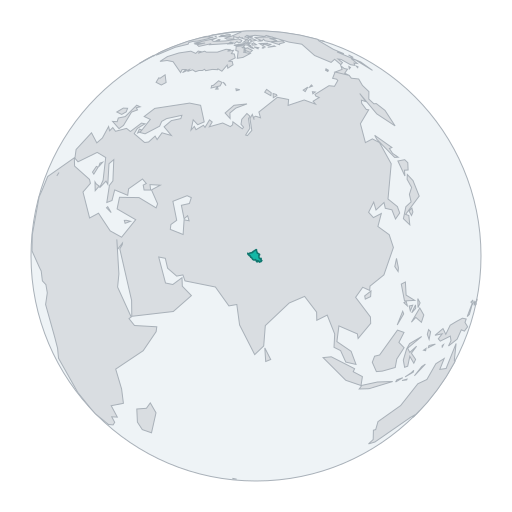 the Earth from above Ladakh
{"feature_id": "IND-20012", "entity_name": "Ladakh", "entity_type": "Union Territory", "adm_level": 1, "iso_a3": "IND", "parent_name": "India", "parent_adm1": "", "projection": "orthographic", "projection_center": [77.875, 33.921], "detail": "fine", "context": "on_globe", "style": "filled", "palette": "teal", "viewbox_px": 512, "rotation_deg": 0, "n_neighbors": 0, "source": "natural_earth", "source_scale": "10m", "svg_char_len": 12846}
<svg xmlns="http://www.w3.org/2000/svg" viewBox="0 0 512 512"><circle cx="256" cy="256" r="225" fill="#eef3f6" stroke="#a8b0b8"/><path d="M317.6,39.3L319.0,40.9L333.5,49.4L343.9,53.7L337.1,52.0L360.8,62.0L372.5,70.4L355.7,60.1L351.2,58.6L357.3,63.5L354.0,63.1L355.0,65.4L350.5,64.7L341.0,59.4L338.0,59.0L342.5,62.6L340.8,64.6L334.6,59.3L331.1,62.4L314.6,55.5L301.8,44.2L289.0,42.1L266.2,35.4L264.6,36.4L255.0,35.3L249.6,36.2L246.9,35.3L244.9,36.9L248.4,37.6L248.7,38.7L245.9,39.5L241.9,38.2L242.8,37.7L240.2,37.8L239.4,36.9L238.2,37.8L233.7,36.6L233.9,39.0L226.8,39.1L225.0,38.1L230.8,36.5L241.0,32.1L241.0,31.5L235.1,31.8L212.3,35.0L211.4,35.2L229.0,32.3L246.8,30.9L264.7,30.9L282.5,32.3L300.2,35.1L317.6,39.3ZM204.6,36.7L206.6,36.2L202.4,37.5L209.3,36.4L208.6,37.0L213.4,37.1L206.6,39.1L197.4,41.1L193.0,41.4L188.8,42.5L188.1,44.2L175.2,47.3L158.5,54.3L155.8,55.2L159.4,52.6L171.2,47.3L187.7,41.3L204.6,36.7ZM323.6,41.1L324.5,41.4L324.7,41.6L321.3,40.5L322.9,40.9L323.6,41.1ZM352.2,57.3L348.5,54.9L353.2,57.4L352.2,57.3ZM356.0,65.9L358.0,66.8L357.7,67.7L356.0,65.9ZM216.8,36.1L215.1,36.6L215.1,36.3L216.8,36.1ZM220.5,35.9L221.6,35.2L223.6,35.0L222.8,35.4L220.5,35.9ZM350.5,67.5L349.3,68.9L348.9,66.5L350.5,67.5ZM218.6,36.8L226.8,34.8L230.2,34.5L230.1,36.0L218.6,36.8ZM347.5,69.2L344.7,73.2L349.2,75.4L335.1,72.0L342.1,69.4L340.9,65.9L344.2,68.5L347.5,69.2ZM250.8,37.6L246.9,36.8L252.8,36.8L250.8,37.6ZM254.5,37.4L272.0,36.9L276.3,38.8L269.5,38.4L277.2,40.7L270.6,41.8L265.0,40.8L263.5,39.2L262.1,40.9L254.5,37.4ZM327.7,69.8L325.6,70.2L326.0,68.8L327.7,69.8ZM249.3,39.2L252.5,38.7L256.4,40.3L250.8,41.5L251.3,40.6L249.3,39.2ZM282.4,40.9L284.3,42.5L279.5,43.8L279.6,44.7L270.8,42.0L282.4,40.9ZM249.0,40.6L247.8,42.1L243.4,42.2L246.5,39.8L249.0,40.6ZM259.8,40.3L261.4,41.1L258.7,41.0L259.8,40.3ZM227.0,44.0L230.7,43.0L233.0,43.7L227.0,44.0ZM247.7,42.7L249.2,42.7L250.6,42.9L248.9,44.0L247.7,42.7ZM268.1,43.2L265.7,43.6L271.4,44.4L268.1,45.6L262.8,43.7L263.7,45.1L262.7,45.5L259.5,43.6L268.1,43.2ZM251.3,45.9L243.5,44.5L236.1,45.9L233.8,45.2L246.1,43.2L251.3,45.9ZM256.4,44.7L252.7,45.2L251.7,44.0L253.6,42.8L256.4,44.7ZM267.7,47.3L274.2,45.8L275.1,46.3L267.7,47.3ZM249.4,46.5L251.3,46.9L248.9,46.8L249.4,46.5ZM262.3,47.2L264.5,46.6L265.5,47.1L262.3,47.2ZM253.4,48.4L250.8,47.8L252.0,46.9L253.4,48.4ZM257.6,48.0L258.5,49.0L254.0,46.9L258.4,47.6L257.6,48.0ZM262.9,47.9L264.2,48.0L261.8,48.1L262.9,47.9ZM250.2,52.4L244.3,50.0L247.0,47.8L252.4,50.4L250.2,52.4ZM32.3,234.6L39.1,196.8L42.4,189.5L47.7,176.5L74.3,157.8L74.6,166.1L89.5,179.4L90.4,183.4L83.0,192.0L89.6,218.0L98.5,213.2L110.2,230.9L121.6,237.2L135.7,219.7L117.1,208.9L119.5,197.3L139.0,197.6L156.1,207.9L157.6,203.8L151.5,189.9L160.3,185.2L150.0,184.6L150.6,190.0L144.1,190.0L143.2,185.1L146.3,183.5L142.5,179.0L128.6,188.8L127.7,195.3L114.7,189.9L112.0,200.5L106.8,202.5L109.4,185.4L112.9,180.9L113.8,159.6L109.0,163.7L107.8,184.3L106.0,181.1L99.6,187.8L103.1,180.2L105.7,157.5L97.2,152.4L78.0,161.8L74.9,158.2L76.1,149.5L91.5,132.8L96.8,142.9L102.4,138.0L108.6,126.5L109.6,130.8L112.8,127.6L115.5,131.3L126.5,128.4L130.4,131.5L141.5,123.1L145.0,123.8L137.4,128.4L134.2,133.7L144.6,142.5L148.6,142.0L155.1,136.1L157.1,139.6L162.0,132.8L171.4,135.5L164.1,126.8L171.4,120.6L180.8,118.6L181.9,115.3L166.6,118.6L161.7,121.4L159.6,126.2L145.1,133.8L140.0,132.5L150.3,119.4L144.2,116.5L154.8,108.4L189.6,103.1L200.6,105.3L204.2,121.9L197.7,124.7L193.2,119.8L191.0,130.1L194.3,126.4L196.0,129.7L203.4,125.3L205.0,127.4L209.5,119.9L212.2,122.0L209.3,126.8L222.7,123.0L230.3,126.6L232.6,124.8L232.9,121.8L242.3,128.8L243.6,127.2L241.0,124.3L241.8,119.3L246.9,113.5L249.9,116.2L248.5,118.7L249.9,128.3L245.6,135.0L247.4,135.6L251.8,130.5L250.0,118.6L252.3,114.4L254.1,119.7L253.6,117.4L255.6,116.2L260.5,117.8L258.9,112.0L277.4,97.3L288.6,99.5L288.1,105.4L304.2,100.0L315.5,104.1L313.1,101.2L319.2,97.5L315.7,96.0L315.0,94.4L329.0,85.7L334.5,86.3L337.8,80.5L336.6,79.2L332.6,78.3L335.1,72.0L349.2,75.4L351.3,78.2L358.7,79.0L362.4,85.4L368.9,91.6L368.8,99.1L373.9,103.8L376.3,103.6L385.0,110.4L395.1,125.9L376.8,113.9L359.7,93.5L365.8,101.6L361.4,100.2L361.7,103.4L366.3,109.5L368.7,109.8L360.4,123.7L365.4,142.6L372.4,138.9L379.5,142.6L391.2,163.8L388.0,199.0L397.4,206.6L399.7,213.0L395.5,219.0L391.9,209.8L385.3,208.3L384.0,202.5L376.0,210.0L373.7,202.1L368.6,212.3L373.4,217.6L381.3,213.5L377.9,226.5L389.2,234.7L393.4,247.5L383.9,274.9L370.0,286.1L369.7,290.4L362.7,287.3L355.6,297.3L370.4,316.9L370.7,323.4L358.1,338.5L357.4,333.9L338.9,325.9L336.9,341.6L351.1,351.3L356.0,364.4L345.8,362.1L340.6,350.6L334.0,347.3L334.7,334.0L327.2,315.1L316.8,320.3L316.6,312.1L304.6,296.4L289.2,303.0L265.3,325.6L263.7,346.0L254.7,354.6L239.6,325.0L236.8,304.5L228.9,305.9L215.4,287.0L185.0,280.9L182.9,274.9L176.7,276.1L167.6,268.2L165.3,258.3L158.7,257.0L165.5,283.0L172.8,284.5L182.0,277.7L182.3,286.2L191.4,295.6L173.3,311.5L131.8,316.3L131.6,300.4L119.8,248.9L122.3,244.6L122.4,244.0L122.5,243.0L117.5,249.4L116.8,239.4L118.9,273.9L117.6,287.1L131.2,317.0L129.0,318.6L134.5,325.5L156.8,326.8L156.1,331.7L143.2,350.7L115.7,369.1L121.6,389.0L123.4,403.3L111.2,405.7L117.3,417.1L111.7,416.8L114.7,422.3L113.1,424.9L108.5,424.5L95.3,413.7L90.5,408.2L77.8,392.5L58.5,358.2L57.6,348.4L54.7,337.1L45.6,304.5L47.3,292.8L45.9,284.6L42.4,280.9L41.2,271.0L39.5,267.6L32.0,250.9L32.3,234.6ZM59.0,172.5L56.8,175.9L59.0,172.5ZM170.3,229.4L183.1,234.5L184.1,219.8L189.1,220.8L187.6,215.7L184.1,218.8L181.4,205.3L189.4,203.5L191.3,197.6L187.1,195.7L172.9,201.3L176.7,220.3L170.9,224.5L170.3,229.4ZM144.5,60.6L139.2,63.5L143.6,60.9L143.9,60.6L153.6,55.4L155.0,55.5L152.6,56.2L144.5,60.6ZM166.9,49.1L160.6,51.9L167.4,48.9L166.9,49.1ZM127.6,108.3L126.2,111.9L121.7,114.4L116.8,112.0L123.3,108.1L127.6,108.3ZM125.2,116.6L136.7,105.2L140.2,106.8L136.3,107.7L137.5,109.9L131.5,112.1L123.5,125.4L119.0,128.6L112.6,121.4L117.2,121.7L118.3,118.0L125.2,116.6ZM160.0,78.3L165.1,74.8L166.1,82.5L161.3,85.0L156.1,82.3L158.8,77.8L160.0,78.3ZM216.9,40.4L218.8,39.5L219.9,39.7L219.2,40.6L216.9,40.4ZM228.5,43.5L209.9,44.7L211.1,43.7L198.8,46.4L197.1,44.8L205.1,43.0L194.6,44.2L201.2,41.9L193.8,43.2L211.8,39.2L217.3,37.7L211.8,39.9L213.2,41.3L215.4,41.4L225.9,40.9L238.4,38.9L241.8,40.4L240.9,42.1L238.4,42.8L237.0,41.5L234.6,43.4L230.7,42.1L228.5,43.5ZM227.8,68.2L227.2,65.0L221.9,71.2L217.9,68.8L217.6,69.7L212.4,69.4L205.6,70.7L204.6,69.3L202.4,70.5L198.9,70.5L195.5,71.7L192.6,69.8L188.2,71.2L189.3,69.5L182.5,72.6L186.2,69.5L182.1,69.6L180.6,72.6L173.1,61.7L167.1,60.5L160.0,61.4L167.4,56.6L178.8,53.0L190.9,51.2L195.7,53.4L198.2,51.1L201.2,51.7L198.0,53.2L204.7,51.2L206.4,52.2L217.2,52.2L226.0,49.3L230.1,49.6L227.5,51.2L233.5,50.3L231.4,53.6L234.3,54.0L235.2,57.9L228.4,61.3L232.2,61.4L233.0,64.8L227.8,68.2ZM250.2,53.5L243.0,57.4L237.3,58.3L238.2,51.2L235.8,50.5L236.2,46.5L244.5,45.6L243.6,46.7L244.7,47.6L241.7,47.5L244.9,48.3L243.8,50.1L246.0,51.2L243.1,52.1L250.2,53.5ZM95.0,181.9L96.3,184.0L99.2,186.1L95.2,190.7L95.0,181.9ZM96.4,166.4L98.1,167.2L93.8,174.1L92.5,172.1L96.4,166.4ZM102.7,162.2L98.6,166.8L100.0,163.1L102.7,162.2ZM139.4,129.1L141.7,129.9L140.5,131.5L137.6,133.0L139.4,129.1ZM211.1,88.0L211.7,85.6L213.3,85.4L218.6,80.8L222.0,82.4L220.1,85.9L211.1,88.0ZM130.5,221.3L125.1,223.3L124.3,220.4L126.3,220.3L130.5,221.3ZM107.7,206.7L111.2,212.6L106.5,207.8L107.7,206.7ZM215.7,89.1L217.5,86.9L218.1,89.1L215.7,89.1ZM224.7,83.5L226.0,85.7L223.0,82.1L224.7,83.5ZM232.9,478.4L236.7,479.2L232.9,478.9L232.9,478.4ZM156.0,412.8L151.5,432.8L142.3,429.6L137.4,422.1L136.8,409.0L146.4,408.3L150.3,402.9L156.0,412.8ZM402.0,380.5L407.0,379.1L406.7,379.9L402.0,380.5ZM396.9,379.8L402.8,377.7L395.6,382.0L396.9,379.8ZM405.1,376.9L411.2,372.8L413.8,370.3L413.2,372.2L405.1,376.9ZM392.7,381.5L369.0,388.7L359.2,389.0L361.8,385.4L377.5,382.0L392.7,381.5ZM361.0,385.5L345.8,380.3L323.1,357.6L331.3,356.8L354.6,368.7L353.2,371.7L362.4,376.6L361.0,385.5ZM396.8,359.0L395.2,367.5L382.4,371.1L376.4,371.6L372.3,362.3L374.6,356.2L379.6,355.0L397.5,330.1L404.0,332.4L398.9,342.4L404.1,347.7L396.8,359.0ZM264.8,347.9L270.7,359.5L265.7,361.5L264.8,347.9ZM403.7,313.9L397.2,325.0L402.7,311.3L403.7,313.9ZM406.3,301.6L407.3,305.8L403.9,302.7L406.3,301.6ZM370.6,296.6L365.3,299.1L364.7,295.9L371.0,291.0L370.6,296.6ZM396.5,258.4L398.4,267.9L398.1,271.5L394.8,266.6L396.5,258.4ZM247.0,103.9L235.8,108.1L229.9,113.0L230.1,118.5L225.1,113.0L234.0,105.3L247.0,103.9ZM273.3,97.7L273.1,93.5L276.4,94.5L276.9,95.6L273.3,97.7ZM270.9,95.7L264.7,92.2L266.6,89.4L271.2,92.7L270.9,95.7ZM239.8,89.7L236.3,90.7L235.9,88.8L239.8,89.7ZM416.3,414.3L417.5,412.9L413.6,416.9L419.7,410.4L412.9,417.4L414.0,415.4L410.3,417.5L374.9,442.0L368.5,443.9L373.2,439.5L373.4,430.2L375.7,429.6L378.0,421.6L400.6,405.6L417.8,383.8L426.9,379.5L435.9,363.7L444.2,358.5L439.8,369.4L446.1,368.5L456.1,343.5L454.3,360.3L455.0,361.5L454.2,363.0L446.2,376.8L437.1,390.0L427.2,402.5L416.3,414.3ZM414.4,375.8L421.8,366.5L425.4,364.1L414.4,375.8ZM476.3,303.2L475.8,305.1L476.1,303.7L476.3,303.2ZM476.7,301.2L476.9,300.3L477.1,298.8L476.7,301.0L476.7,301.2ZM476.4,300.4L476.6,301.0L476.2,301.1L476.4,300.4ZM475.8,302.3L475.3,302.7L475.4,302.0L475.8,302.3ZM465.0,322.4L467.6,326.8L464.4,331.1L461.3,329.8L457.1,339.2L448.5,346.0L451.0,340.7L450.3,336.1L440.3,341.1L438.3,338.8L442.2,333.8L435.0,335.3L443.0,328.6L445.8,334.3L450.2,325.2L456.7,321.3L462.5,318.2L466.2,319.0L465.0,322.4ZM442.2,345.5L443.5,344.6L442.1,347.6L442.2,345.5ZM474.3,301.7L475.0,302.9L474.8,304.1L474.3,304.8L474.3,301.7ZM467.2,316.6L471.6,304.9L472.4,303.6L469.4,314.4L467.2,316.6ZM470.9,302.1L472.6,300.4L473.2,302.5L472.8,304.1L470.9,302.1ZM426.1,348.4L425.6,350.7L423.5,350.2L426.1,348.4ZM429.0,345.5L435.4,344.1L428.3,347.7L429.0,345.5ZM407.6,348.2L409.8,352.4L416.6,346.2L411.4,353.2L415.6,359.4L413.8,363.2L409.8,356.3L407.7,366.2L404.6,367.3L403.3,360.1L406.6,349.0L409.6,343.6L421.7,336.5L407.6,348.2ZM429.1,339.4L427.3,334.3L428.6,329.6L430.6,331.7L429.1,339.4ZM421.4,322.3L415.8,317.4L411.4,322.2L419.8,308.0L423.8,315.0L421.4,322.3ZM415.7,308.4L411.7,312.8L415.5,304.9L415.7,308.4ZM410.3,310.9L409.2,306.0L412.7,305.2L410.3,310.9ZM418.0,307.6L417.8,298.6L420.1,302.9L418.0,307.6ZM406.1,295.1L414.7,300.4L404.5,300.9L401.3,284.1L405.4,282.0L406.1,295.1ZM411.5,215.5L409.0,211.0L411.9,208.1L412.9,212.0L411.5,215.5ZM419.2,196.1L411.9,205.9L405.6,214.4L408.8,215.5L409.8,224.8L403.4,218.7L405.9,206.7L411.1,201.9L409.4,194.4L411.6,187.4L407.1,179.3L407.3,174.5L413.0,180.6L419.2,196.1ZM404.9,176.0L397.9,161.0L404.7,159.7L407.8,162.7L408.1,170.0L404.5,170.2L404.9,176.0ZM398.2,157.2L394.6,157.4L376.8,139.3L374.7,135.3L391.9,147.5L389.4,148.5L392.6,153.4L398.2,157.2ZM327.7,71.5L325.8,70.3L328.3,70.8L327.7,71.5ZM312.9,93.8L312.4,91.7L315.3,92.0L312.9,93.8ZM312.5,86.1L309.5,87.2L311.4,84.9L312.5,86.1ZM303.2,90.1L307.8,87.1L305.2,91.6L303.2,90.1Z" fill="#d9dde1" stroke="#a8b0b8" stroke-width="1"/><path d="M255.8,249.8L255.9,250.0L256.0,250.1L256.3,249.9L256.5,249.8L256.6,250.0L256.4,250.4L256.4,250.7L256.5,251.0L256.8,251.5L256.9,252.0L257.1,252.3L257.3,253.1L257.5,253.3L258.4,253.5L258.6,253.6L258.8,253.8L259.0,254.0L259.3,254.2L259.5,254.3L259.6,254.5L259.6,254.8L259.3,255.1L259.0,255.2L258.8,255.4L258.8,255.7L258.9,256.2L259.0,256.4L259.0,256.7L259.0,257.4L259.0,257.7L259.1,257.8L259.4,258.1L259.6,258.2L259.7,258.3L259.8,258.3L260.0,258.5L260.2,258.4L260.6,258.4L260.8,258.5L261.1,258.5L261.1,259.0L260.9,259.1L261.0,259.3L261.0,259.5L260.8,259.5L261.0,259.7L261.3,259.9L261.6,260.4L261.7,260.5L261.8,260.6L261.6,260.9L261.5,261.0L261.4,261.1L261.3,261.3L261.2,261.4L261.0,261.2L260.8,261.2L260.7,261.4L260.5,261.5L260.4,261.5L260.2,261.6L260.1,261.8L260.0,262.0L259.9,262.1L259.7,262.1L259.4,262.1L259.0,261.7L258.9,261.6L258.9,261.4L258.9,261.2L258.7,261.1L258.5,261.3L258.4,261.3L257.9,261.3L257.7,261.4L257.7,261.5L257.4,261.7L257.4,261.4L257.4,261.2L257.5,261.2L257.7,260.9L257.7,260.7L257.4,260.7L257.3,260.8L257.2,260.8L256.9,260.9L256.7,261.0L256.4,261.2L256.2,260.9L256.2,260.6L256.1,260.4L255.9,260.1L255.6,259.8L255.6,259.7L255.4,259.6L255.2,259.7L255.1,259.8L254.9,259.9L254.8,260.0L254.7,260.0L254.4,260.0L253.8,260.0L253.6,259.9L253.4,259.8L253.1,259.6L252.9,259.5L252.9,259.4L252.6,259.2L252.4,258.9L252.1,258.5L252.0,258.2L251.7,257.9L251.5,257.6L251.1,257.5L250.9,257.4L250.7,257.3L250.6,257.0L250.6,256.7L250.4,256.1L250.1,255.9L250.0,255.7L249.8,255.7L249.5,255.8L249.4,255.6L249.2,255.5L249.1,255.4L248.9,255.2L248.8,254.8L248.6,254.8L248.2,254.5L247.9,254.1L247.8,253.7L247.8,253.4L248.7,253.6L248.8,253.7L249.0,253.6L249.3,253.6L249.5,253.4L249.7,253.2L249.8,253.2L250.0,253.0L250.1,252.9L250.3,253.0L250.8,253.0L251.2,252.7L251.4,252.7L251.5,252.7L251.6,252.8L252.0,252.8L252.1,252.7L252.4,252.4L252.4,252.2L252.5,252.0L252.8,252.0L253.0,252.0L253.2,251.8L253.3,251.7L253.3,251.4L254.6,250.6L255.8,249.8Z" fill="#14b8a6" stroke="#0f766e" stroke-width="1.5"/></svg>